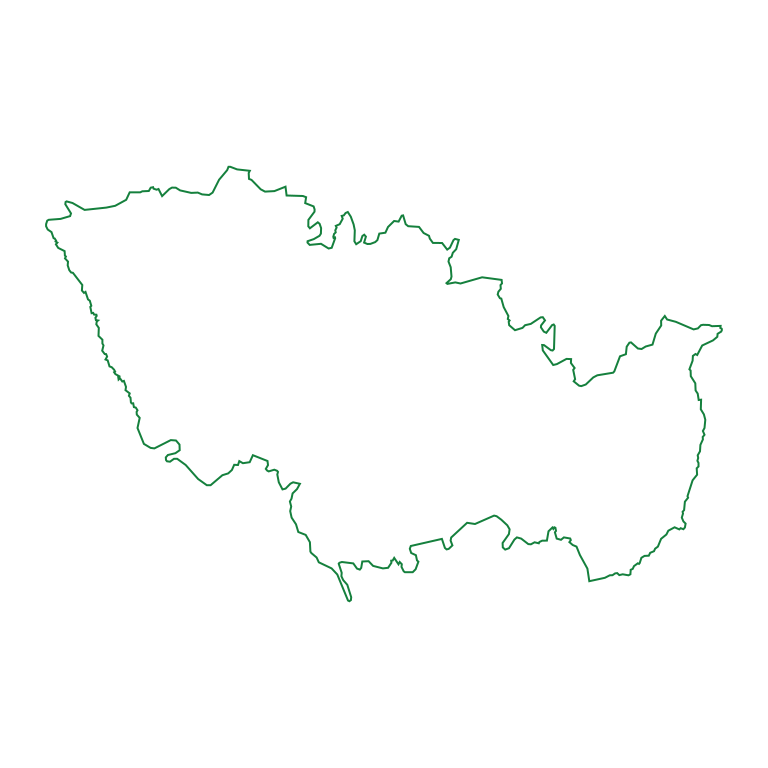 the district of Feshi, Bandundu, Democratic Republic of the Congo
{"feature_id": "63176286B93121803325272", "entity_name": "Feshi", "entity_type": "district", "adm_level": 2, "iso_a3": "COD", "parent_name": "Democratic Republic of the Congo", "parent_adm1": "Bandundu", "projection": "orthographic", "projection_center": [18.318, -6.306], "detail": "fine", "context": "isolated", "style": "outline", "palette": "green", "viewbox_px": 768, "rotation_deg": 0, "n_neighbors": 0, "source": "geoboundaries", "source_scale": "gbopen_adm2", "svg_char_len": 6077}
<svg xmlns="http://www.w3.org/2000/svg" viewBox="0 0 768 768"><path d="M458.8,239.9L455.0,238.9L453.5,240.1L449.9,247.7L447.2,249.6L442.1,243.0L432.9,242.9L429.8,238.6L429.0,235.8L423.6,233.0L419.0,226.9L408.2,226.2L405.7,224.2L403.1,215.4L401.7,215.7L398.6,221.6L394.1,221.0L388.0,227.0L385.4,232.7L379.3,233.6L377.4,240.1L375.2,242.1L370.4,243.9L367.4,244.0L364.1,242.6L365.9,236.6L364.2,234.7L362.4,236.0L360.7,241.2L356.2,244.2L354.4,241.3L354.8,230.3L353.6,224.4L350.8,216.7L347.8,212.0L345.6,213.0L343.8,215.4L341.7,215.9L342.7,218.7L339.7,224.2L335.8,225.9L336.6,227.6L335.3,230.3L335.7,232.4L334.1,233.9L333.3,236.8L333.6,237.9L334.9,237.3L335.2,238.1L331.7,247.8L328.6,248.5L321.0,243.8L309.7,244.9L307.5,242.6L307.6,241.2L313.8,239.1L319.5,235.8L320.9,233.6L321.1,228.1L319.6,223.8L317.8,222.3L309.9,228.3L308.3,226.3L308.4,219.9L314.5,211.7L314.6,209.4L313.6,206.4L305.2,203.1L306.1,197.2L302.9,196.0L286.6,195.5L285.5,186.7L274.4,191.1L265.0,191.6L260.7,189.3L251.5,179.9L249.0,178.9L248.7,173.0L249.8,170.8L237.1,169.4L230.3,166.8L228.5,166.8L227.2,170.1L219.1,179.7L212.6,192.6L209.1,195.0L202.1,194.4L197.8,192.6L191.2,192.9L180.1,190.4L175.8,187.7L172.0,187.6L169.3,189.1L162.1,196.1L158.5,189.0L156.6,189.7L153.6,188.7L153.1,187.2L150.7,187.7L148.8,191.0L142.3,191.3L140.3,192.3L129.7,192.3L126.2,199.8L115.2,205.8L106.3,207.6L84.6,209.9L72.5,203.0L66.6,201.4L65.6,202.0L65.3,204.2L71.0,213.4L70.1,216.1L60.6,218.9L48.7,219.8L47.2,220.7L46.1,224.1L46.1,226.3L47.7,229.5L51.5,232.1L53.6,238.2L54.7,238.5L56.1,240.7L55.6,241.5L57.4,242.6L55.9,244.3L58.2,247.9L64.6,251.1L64.9,255.6L65.9,256.5L65.0,258.4L68.0,261.6L67.7,265.4L69.3,270.2L71.1,272.5L72.9,272.8L82.3,285.0L81.9,290.5L84.0,292.9L85.5,291.9L88.0,299.4L89.8,300.7L91.3,305.8L90.3,306.9L91.6,313.2L93.2,312.9L94.1,314.6L96.4,314.7L96.7,315.9L95.4,317.8L95.9,320.1L98.0,320.5L96.8,321.5L96.3,324.3L98.8,327.9L98.5,335.9L102.4,339.7L102.4,343.5L103.5,345.4L102.2,350.7L104.7,354.0L106.1,354.1L107.1,356.6L105.5,359.5L107.7,360.4L109.5,366.4L111.7,367.2L114.1,369.7L115.1,371.6L114.1,372.2L115.4,374.1L119.2,376.2L118.2,376.9L118.6,379.5L119.9,378.2L122.3,381.5L123.9,380.9L126.0,386.9L125.5,390.2L129.7,393.4L128.9,395.8L130.5,397.7L130.9,402.3L131.6,403.4L133.2,403.3L133.9,407.1L135.8,407.6L137.5,410.3L136.6,411.9L136.8,414.6L139.7,417.9L137.5,428.0L143.9,443.9L150.6,447.9L154.4,448.4L170.8,440.1L176.0,440.5L179.5,444.6L179.7,450.2L175.4,453.2L167.9,455.0L165.8,457.4L166.0,460.0L167.0,461.3L170.0,461.7L174.0,458.8L177.2,458.8L185.7,465.0L198.1,479.0L206.8,485.2L210.6,485.2L222.4,475.2L228.2,473.4L231.9,470.0L234.2,464.8L238.0,465.0L239.3,461.1L242.9,463.2L249.7,462.2L252.9,455.2L267.5,461.0L268.0,465.1L265.8,468.9L267.2,470.6L268.7,471.4L274.3,469.7L277.1,470.8L278.0,471.9L277.3,474.5L278.8,482.3L282.5,489.4L285.6,488.6L290.4,483.7L293.1,482.3L299.9,483.8L297.0,489.1L292.6,493.4L291.5,498.7L289.9,501.5L291.2,506.5L290.2,511.1L291.6,517.6L296.0,524.3L298.3,532.0L305.7,534.9L309.9,542.2L310.4,551.6L311.3,553.0L316.6,557.5L318.8,562.3L331.6,568.4L337.3,574.5L348.0,600.5L349.4,601.2L350.9,600.1L351.2,597.2L347.3,584.8L343.2,580.1L341.4,576.2L341.7,572.8L338.7,563.7L339.4,562.8L341.9,562.0L353.3,563.4L357.0,568.6L359.8,569.6L361.2,567.9L362.3,561.5L368.6,561.2L373.1,565.9L382.9,568.4L388.1,567.8L391.4,562.8L391.2,560.7L392.7,560.5L394.2,557.9L398.5,564.3L399.7,562.0L401.8,564.2L401.5,566.9L403.7,571.3L404.9,572.2L412.7,572.2L415.6,569.3L418.4,561.7L417.0,560.4L415.9,555.2L411.2,553.0L409.8,548.8L410.8,546.0L441.9,538.9L444.9,547.9L446.6,549.4L448.7,548.9L452.4,545.4L450.6,540.6L451.2,537.5L467.1,522.8L475.0,524.0L494.1,515.6L496.6,516.2L501.3,519.7L507.3,525.3L509.6,529.3L508.9,534.1L502.6,543.0L502.8,547.4L505.2,549.6L509.0,548.2L514.4,539.6L516.9,537.4L521.2,538.6L528.3,544.1L530.9,544.3L534.6,542.3L538.8,543.3L539.4,542.0L542.1,540.7L546.9,540.6L548.5,531.3L552.4,527.5L553.3,528.9L554.3,527.3L555.4,527.8L556.0,530.9L554.9,532.3L556.7,538.6L561.0,539.8L563.9,537.4L570.2,538.5L570.8,540.1L569.4,542.1L572.7,545.0L576.5,546.6L579.9,555.0L587.4,568.6L589.3,581.2L604.9,577.8L609.8,575.3L612.5,575.2L615.1,573.4L617.2,573.1L619.3,575.1L622.7,574.3L628.5,575.3L630.4,574.3L630.7,569.8L632.7,568.9L634.0,566.1L637.8,563.3L639.0,563.9L639.7,563.1L641.4,557.8L644.5,555.9L648.8,555.7L650.2,552.8L654.0,551.2L655.1,548.7L657.9,546.6L661.1,538.8L666.4,534.5L668.3,530.7L674.6,527.3L679.3,529.4L680.6,528.2L683.4,529.2L684.9,527.5L685.6,523.6L683.4,521.4L681.8,517.6L683.0,513.6L682.6,511.8L684.1,510.1L684.9,501.7L688.1,497.7L687.5,496.2L692.6,480.3L697.1,474.7L696.7,468.3L698.5,466.5L698.5,462.9L697.4,460.8L698.2,458.0L697.7,455.3L700.0,451.3L700.4,444.9L702.9,439.4L702.7,437.0L704.5,434.8L702.9,431.0L704.5,428.0L705.3,419.8L703.9,414.4L700.8,409.3L701.1,399.7L698.7,400.0L697.7,393.6L695.6,390.5L695.3,383.3L690.8,376.2L690.6,370.5L689.4,369.3L692.6,360.7L692.9,355.9L695.5,354.0L697.2,355.0L702.2,345.5L713.0,340.4L717.3,336.8L717.6,333.8L721.2,331.6L721.9,330.0L721.7,328.7L720.3,327.9L720.6,325.9L712.0,326.2L709.1,325.0L703.1,324.8L701.0,325.2L697.9,328.4L693.6,329.4L675.8,321.8L667.1,319.5L664.8,316.0L661.1,320.7L661.2,325.5L655.8,333.6L652.5,344.6L645.7,346.5L641.6,349.0L637.9,348.5L631.0,342.4L629.4,342.7L626.7,346.7L625.9,354.2L620.0,356.3L614.3,371.4L613.1,372.7L597.3,375.3L593.3,377.4L585.8,384.5L581.3,386.1L579.1,385.7L573.7,381.3L575.1,379.2L573.2,369.9L574.6,368.0L570.9,363.0L571.1,359.1L566.5,358.9L556.9,364.1L553.2,365.0L542.8,350.4L542.2,345.0L544.0,345.1L550.9,350.2L552.6,350.5L554.0,349.0L554.7,325.9L553.7,324.5L552.1,325.1L546.3,332.8L543.8,331.6L540.9,327.3L541.1,325.4L545.0,320.4L542.8,317.2L540.6,317.4L530.8,323.9L525.1,325.2L522.5,327.9L515.0,330.2L509.2,325.2L508.7,321.8L509.6,320.5L507.8,319.0L508.4,316.0L503.7,307.1L501.3,298.6L499.9,298.2L497.7,294.5L498.4,291.7L500.8,288.8L500.5,285.1L502.0,283.4L501.6,279.9L482.1,277.3L460.5,283.5L455.3,282.4L447.4,283.9L446.5,283.1L450.8,279.2L451.5,276.6L450.7,267.2L448.5,261.6L449.2,258.3L451.6,256.7L452.8,252.8L456.2,249.2L458.8,239.9Z" fill="none" stroke="#15803d" stroke-width="2"/></svg>